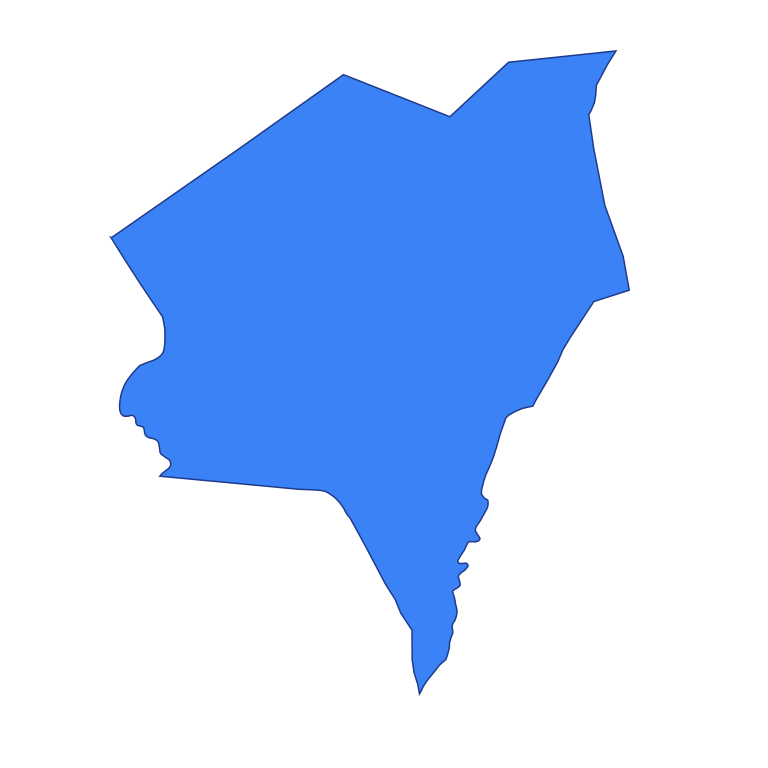 outline of San Francisco de Coray, Valle, Honduras, rotated 84°
{"feature_id": "27666195B95409407730953", "entity_name": "San Francisco de Coray", "entity_type": "district", "adm_level": 2, "iso_a3": "HND", "parent_name": "Honduras", "parent_adm1": "Valle", "projection": "natural_earth1", "projection_center": [-87.504, 13.668], "detail": "fine", "context": "isolated", "style": "filled", "palette": "blue", "viewbox_px": 768, "rotation_deg": 84, "n_neighbors": 0, "source": "geoboundaries", "source_scale": "gbopen_adm2", "svg_char_len": 6105}
<svg xmlns="http://www.w3.org/2000/svg" viewBox="0 0 768 768"><g transform="rotate(84 384 384)"><path d="M77.0,118.5L77.0,226.5L125.1,290.5L72.1,392.0L134.5,502.9L210.0,639.8L209.7,640.3L234.5,628.2L260.8,614.9L293.7,597.4L295.1,597.1L295.7,597.0L296.6,596.9L300.1,596.6L303.5,596.4L304.8,596.3L306.4,596.3L309.0,596.4L310.3,596.5L311.5,596.6L316.5,597.2L319.8,597.6L321.3,597.9L323.2,598.3L325.0,598.7L326.4,599.1L327.8,599.6L328.6,600.0L329.4,600.4L329.8,600.7L330.6,601.3L331.3,601.9L332.1,602.8L332.9,603.8L333.5,604.6L334.0,605.5L334.9,607.4L335.7,609.1L335.9,609.8L336.2,610.4L336.7,612.3L337.9,617.4L338.4,619.2L339.1,621.5L339.8,624.1L340.2,624.9L340.4,625.2L340.7,625.7L341.9,627.2L342.5,627.9L344.0,629.6L345.5,631.3L347.0,632.9L347.7,633.6L350.4,636.2L352.3,638.0L353.3,638.8L354.8,640.0L356.3,641.1L358.0,642.2L359.5,643.1L361.2,644.0L362.8,644.8L365.0,645.8L366.6,646.4L368.9,647.2L371.8,648.0L373.8,648.5L375.5,648.9L377.6,649.2L379.8,649.4L381.2,649.5L382.2,649.5L383.2,649.3L384.0,649.2L384.6,649.1L385.4,648.8L386.1,648.5L386.5,648.2L387.0,647.9L387.7,647.3L388.1,647.0L388.3,646.8L388.5,646.4L388.6,646.1L388.8,645.7L388.9,645.4L389.0,645.0L389.1,643.8L389.2,642.6L389.2,641.8L389.2,641.2L389.1,640.7L389.0,640.2L388.8,639.6L388.8,639.2L388.8,638.9L388.8,638.4L388.8,638.1L388.9,637.6L389.0,637.3L389.2,637.0L389.5,636.5L390.0,636.0L390.4,635.7L391.3,635.3L391.6,635.1L392.2,634.9L392.7,634.8L393.3,634.7L394.0,634.6L394.6,634.7L395.6,634.8L396.4,634.8L397.0,634.7L397.5,634.5L398.2,634.3L398.8,634.0L398.9,633.9L399.1,633.7L399.4,633.3L399.6,632.8L400.3,630.9L401.0,629.3L401.6,628.1L401.8,627.8L402.0,627.7L402.7,627.5L403.7,627.4L404.7,627.3L405.3,627.2L407.1,627.2L407.8,627.1L408.4,627.0L409.3,626.8L409.8,626.6L410.1,626.4L410.7,626.0L411.3,625.5L411.7,625.1L412.1,624.5L412.6,623.7L412.8,623.2L413.1,622.5L413.3,622.0L413.8,620.3L414.1,619.5L414.5,618.7L414.9,617.8L415.4,617.1L415.7,616.6L416.2,616.1L416.8,615.5L417.2,615.2L417.6,615.0L418.2,614.7L418.6,614.5L419.1,614.4L419.9,614.2L421.3,614.1L424.7,613.9L425.9,613.9L427.5,613.9L428.3,613.8L428.8,613.8L429.3,613.6L429.5,613.5L429.9,613.3L430.4,613.0L430.7,612.7L431.1,612.3L431.9,611.4L433.6,609.5L434.6,608.4L435.5,607.2L436.4,606.2L436.7,605.8L437.0,605.6L437.4,605.3L437.9,605.1L438.6,604.8L439.6,604.6L440.0,604.6L440.5,604.5L441.1,604.5L441.9,604.6L442.6,604.8L442.9,604.9L443.3,605.1L443.9,605.5L444.3,605.9L444.9,606.5L445.4,607.0L445.8,607.5L446.0,607.9L447.6,610.6L449.3,613.2L449.8,613.9L450.4,614.6L451.0,615.3L452.3,616.6L480.0,478.7L480.4,475.6L481.1,470.6L482.5,461.9L482.9,459.9L483.1,458.6L483.4,457.4L483.7,456.6L484.2,454.8L484.4,454.3L484.7,453.7L485.3,452.6L486.3,451.1L487.5,449.5L488.8,448.0L489.6,447.0L490.9,445.7L491.7,445.0L492.8,443.9L494.3,442.7L495.1,442.1L496.2,441.3L497.8,440.2L499.7,439.1L500.9,438.4L502.9,437.3L503.8,436.9L504.7,436.5L506.8,435.8L507.7,435.3L508.7,434.9L510.1,434.2L510.9,433.7L512.0,433.0L513.6,431.8L542.8,419.6L583.1,403.5L599.7,395.3L613.8,391.2L631.7,381.9L661.0,384.8L673.8,384.3L686.4,381.8L695.9,381.1L694.5,380.0L693.9,379.5L693.3,379.2L692.2,378.5L691.2,378.0L689.1,376.6L687.9,375.8L687.0,375.0L684.9,373.3L682.1,370.8L680.1,368.8L678.4,367.1L676.1,364.7L674.2,362.8L671.3,360.1L670.0,358.8L669.2,357.9L668.2,356.6L666.5,354.3L666.1,353.7L665.5,352.5L665.2,352.1L664.8,351.6L664.4,351.3L664.0,351.0L661.7,349.9L660.7,349.5L658.6,348.6L657.5,348.2L655.6,347.5L653.1,346.7L652.0,346.4L651.4,346.3L650.5,346.2L649.8,346.2L649.4,346.1L649.0,346.1L648.4,345.9L644.5,344.4L642.1,343.4L641.4,343.0L640.3,342.3L640.0,342.1L639.5,341.9L639.0,341.7L638.7,341.6L638.0,341.5L636.4,341.4L635.6,341.5L634.1,341.6L633.4,341.6L632.9,341.6L631.8,341.5L630.9,341.2L630.1,340.9L629.3,340.5L628.8,340.1L627.7,339.1L627.0,338.5L626.2,338.1L624.7,337.3L623.1,336.6L622.0,336.2L620.7,335.8L619.8,335.6L618.9,335.4L617.9,335.2L617.0,335.1L616.3,335.1L615.2,335.2L614.0,335.3L612.0,335.6L610.8,335.8L609.1,335.9L606.9,336.0L605.4,336.1L602.8,336.5L600.0,337.2L599.1,337.3L598.0,337.4L597.6,337.3L597.3,337.2L597.1,337.1L596.9,337.0L596.6,336.7L596.2,336.0L595.9,335.5L595.5,334.9L595.3,334.3L594.8,333.0L594.2,331.9L593.7,331.1L593.3,330.5L592.9,330.0L592.6,329.7L592.2,329.5L591.7,329.3L591.1,329.2L590.5,329.2L589.3,329.3L586.7,329.6L585.8,329.8L584.5,330.2L584.0,330.2L583.7,330.2L583.4,330.2L583.1,330.1L582.8,330.0L582.1,329.6L581.6,329.2L581.3,328.9L580.9,328.3L580.2,327.5L579.7,326.9L579.2,326.0L578.7,325.2L578.2,324.2L577.9,323.7L577.4,322.9L576.6,322.0L575.7,321.1L574.8,320.2L574.3,319.8L574.0,319.7L573.7,319.5L573.4,319.4L573.2,319.3L572.7,319.5L572.1,319.8L571.8,320.0L571.4,320.3L571.2,320.5L571.0,320.8L570.8,321.3L570.7,321.6L570.7,321.9L570.6,325.8L570.6,326.2L570.5,326.8L570.3,327.5L570.1,328.0L569.6,328.5L569.2,328.8L568.8,328.9L568.5,329.0L568.1,329.0L567.7,329.0L567.2,328.9L566.9,328.7L565.7,327.9L563.5,326.3L561.7,324.8L560.1,323.6L558.5,322.2L557.9,321.7L555.8,320.4L552.1,318.2L550.9,317.4L550.4,317.0L550.3,316.8L550.0,316.4L549.9,316.0L549.9,315.6L549.8,314.8L549.9,313.8L550.1,312.0L550.2,311.4L550.4,310.7L550.5,310.1L550.6,309.6L550.4,308.7L550.3,308.0L550.2,307.5L550.0,306.8L549.7,306.2L549.5,305.8L549.2,305.5L548.9,305.2L548.6,305.0L548.1,304.9L547.7,304.8L547.2,304.8L546.8,305.0L546.5,305.1L544.4,306.2L541.8,307.5L540.8,308.0L539.8,308.3L539.4,308.4L538.9,308.4L538.3,308.3L537.6,308.1L536.9,307.9L536.4,307.6L536.0,307.4L535.4,307.0L534.7,306.5L529.5,302.1L528.9,301.6L528.5,301.4L527.4,300.8L526.8,300.4L525.9,299.8L524.7,298.8L523.9,298.2L518.9,294.8L518.2,294.4L517.6,294.1L517.1,293.8L516.5,293.6L515.9,293.4L515.3,293.3L514.0,293.0L513.1,292.9L512.1,292.9L511.2,292.9L510.2,293.0L508.0,296.2L503.7,298.6L499.7,298.1L495.1,296.4L490.4,294.7L484.7,292.1L478.5,288.4L468.6,283.1L458.4,278.6L445.8,273.6L430.6,266.4L428.1,263.4L425.3,257.1L423.0,249.9L422.1,244.1L421.6,238.3L415.5,234.3L396.3,220.2L379.8,208.7L368.6,202.5L356.5,193.3L323.9,166.7L316.3,130.3L282.0,132.8L229.4,145.7L171.7,150.8L137.5,152.2L134.0,149.6L126.2,145.3L118.5,143.2L109.2,141.6L89.4,128.2L77.0,118.5Z" fill="#3b82f6" stroke="#1e3a8a" stroke-width="1.5"/></g></svg>